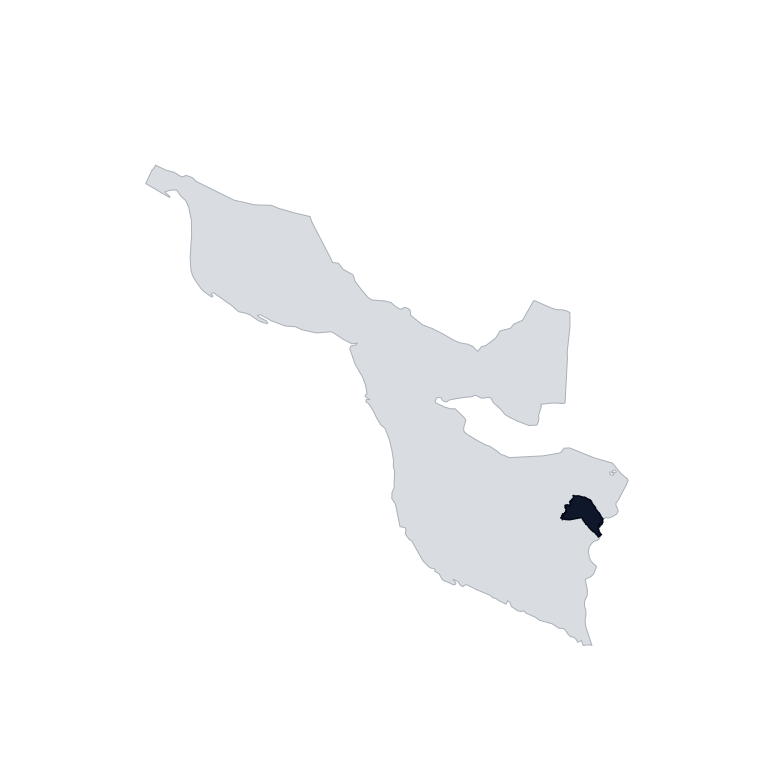 location of Mavago, Niassa, Mozambique, rotated 117°
{"feature_id": "85939544B69199020344442", "entity_name": "Mavago", "entity_type": "district", "adm_level": 2, "iso_a3": "MOZ", "parent_name": "Mozambique", "parent_adm1": "Niassa", "projection": "equal_earth", "projection_center": [36.395, -12.167], "detail": "fine", "context": "in_parent", "style": "filled", "palette": "ink", "viewbox_px": 768, "rotation_deg": 117, "n_neighbors": 0, "source": "geoboundaries", "source_scale": "gbopen_adm2", "svg_char_len": 8854}
<svg xmlns="http://www.w3.org/2000/svg" viewBox="0 0 768 768"><g transform="rotate(117 384 384)"><path d="M268.4,525.9L272.2,522.1L297.6,486.7L299.2,485.3L297.1,479.4L300.4,472.5L300.7,461.8L301.7,460.1L305.6,456.5L310.9,445.5L314.3,436.9L314.6,432.8L309.7,421.1L308.2,414.8L309.6,409.4L310.1,404.3L309.4,402.6L306.4,400.5L305.9,398.2L305.9,395.6L306.5,394.1L310.1,391.7L310.9,390.4L313.8,376.7L312.7,366.4L312.6,354.6L313.3,342.3L312.9,335.4L310.5,327.4L310.2,321.7L311.9,317.7L312.2,315.3L306.4,314.0L303.5,310.7L292.5,305.4L284.1,304.7L277.0,296.7L271.5,295.4L264.4,289.5L242.2,288.5L241.4,287.8L240.4,270.2L239.5,264.3L236.7,258.1L235.9,253.7L236.0,250.8L248.3,244.4L272.3,235.3L277.7,232.3L318.7,214.1L319.9,215.3L324.0,224.5L330.9,235.0L332.6,233.6L342.4,231.9L343.9,230.5L346.9,229.6L350.3,229.0L351.5,229.6L355.2,236.1L356.5,248.3L356.7,256.5L356.3,262.3L353.3,269.1L351.2,277.6L348.1,282.3L348.2,284.5L351.8,289.6L352.5,291.7L352.3,296.1L352.9,297.9L356.0,300.6L358.4,304.8L367.3,317.1L369.6,319.3L371.4,319.8L372.3,322.2L371.8,325.1L370.4,326.7L371.0,329.0L372.7,330.8L376.8,330.4L377.3,329.6L377.0,318.9L375.6,312.6L373.8,309.6L377.3,297.9L379.1,294.7L385.8,293.4L388.9,292.2L390.1,290.8L391.1,287.1L391.9,276.7L392.2,266.9L391.5,261.2L392.5,252.5L393.9,247.1L393.2,246.1L392.7,238.9L375.9,209.8L366.3,196.8L364.7,195.4L359.4,194.3L356.7,189.6L354.4,163.4L350.8,144.5L356.3,132.0L358.1,123.9L359.2,122.7L363.9,122.3L380.5,122.5L384.6,123.3L386.5,122.5L390.8,117.6L394.4,117.7L399.2,120.8L401.8,123.5L402.2,125.8L405.4,127.2L411.4,127.6L415.8,126.4L418.5,123.6L421.4,122.1L424.3,121.9L426.6,122.9L428.1,125.0L431.1,126.4L435.4,127.3L440.1,126.0L445.3,122.4L448.2,118.7L449.8,112.5L450.8,111.6L458.0,111.0L461.9,112.3L466.8,116.1L475.4,109.1L480.8,106.8L485.9,106.8L490.2,105.1L493.5,101.8L497.0,99.7L504.1,97.2L509.0,93.7L522.4,80.2L523.9,84.1L526.5,87.7L523.0,91.6L526.1,94.1L523.8,97.8L523.5,100.4L524.6,103.0L523.0,107.3L521.0,110.5L520.5,113.0L522.2,117.5L521.3,125.3L524.0,138.5L523.1,142.8L523.7,153.1L522.7,156.9L524.4,158.2L525.3,162.3L524.4,169.4L521.5,172.4L521.1,175.4L524.8,175.4L524.8,184.4L524.3,187.1L525.1,190.1L524.1,193.4L525.2,207.8L525.3,218.3L525.5,219.9L528.7,221.7L528.6,224.6L526.5,228.3L526.6,233.9L528.9,229.5L530.3,229.5L531.5,231.2L531.5,237.5L532.1,240.6L531.8,243.4L528.1,248.6L527.8,253.6L526.4,254.3L525.7,255.5L526.7,258.4L526.6,261.0L524.0,268.9L511.3,287.9L511.0,291.1L507.8,297.1L504.3,298.1L502.4,299.7L503.8,305.0L487.0,318.3L485.3,320.1L482.6,325.0L477.1,327.6L471.1,327.9L470.1,328.9L456.5,335.1L453.8,338.0L448.0,340.7L438.9,347.3L431.5,353.6L423.0,363.0L421.9,368.1L417.9,374.7L412.0,382.5L408.4,389.0L408.2,391.9L406.1,392.8L404.3,390.0L403.5,395.3L402.1,395.7L400.5,394.6L393.0,400.2L387.4,406.5L379.5,418.7L368.1,430.5L365.4,430.8L361.8,426.7L359.8,426.4L362.8,430.9L362.7,440.8L361.3,452.4L361.5,454.9L369.1,467.2L372.9,481.5L373.2,488.9L377.1,498.3L378.8,512.5L378.4,525.7L380.3,527.8L381.0,525.9L381.2,517.6L382.3,515.4L383.3,515.7L384.3,520.2L384.6,524.9L383.2,535.2L383.7,539.4L385.6,546.4L383.4,554.5L380.1,576.9L380.9,578.3L382.6,578.8L383.2,576.4L384.2,576.4L384.7,577.8L383.3,586.6L382.0,590.5L377.0,599.9L374.3,603.9L369.9,607.9L359.5,614.1L338.7,623.0L325.5,630.0L315.1,638.3L310.6,643.9L308.8,650.3L305.3,656.9L308.4,662.5L312.4,666.4L314.1,659.9L315.2,659.8L313.6,687.3L299.3,687.8L295.2,686.8L292.8,687.0L292.5,675.5L290.6,666.9L291.3,660.7L291.0,657.4L288.0,655.2L287.1,648.6L288.8,643.5L288.3,601.0L283.0,580.3L275.9,565.4L275.4,558.0L272.2,541.4L268.4,525.9ZM360.0,142.8L361.7,141.6L362.0,139.4L360.8,138.4L359.8,138.6L359.3,142.1L360.0,142.8ZM358.7,138.8L357.3,137.2L356.3,137.6L355.9,139.0L357.0,140.8L358.2,140.8L358.7,138.8Z" fill="#d9dde1" stroke="#a8b0b8" stroke-width="1"/><path d="M422.3,165.4L422.8,165.7L423.0,165.7L423.1,165.2L423.1,164.9L423.2,164.6L423.2,164.1L423.5,163.8L423.3,163.8L423.2,163.6L422.8,163.5L422.7,163.5L422.5,163.4L422.6,163.2L422.8,163.0L422.7,162.9L422.8,162.8L422.7,162.7L422.7,162.4L422.5,161.8L422.5,161.2L421.1,158.0L420.8,157.5L420.6,156.9L413.6,147.8L413.3,147.4L413.5,146.4L414.0,146.1L414.0,145.9L414.1,145.6L414.5,145.2L414.8,145.0L415.0,144.6L415.2,144.3L415.6,143.1L416.0,142.7L416.2,142.0L416.4,141.7L416.5,141.2L417.0,140.7L417.4,140.5L417.4,139.9L417.2,139.6L417.1,139.2L417.2,138.7L417.3,138.5L417.3,138.4L417.6,138.1L417.7,137.8L418.1,137.5L418.1,137.3L418.4,136.9L418.5,136.6L418.6,136.4L419.0,135.8L419.1,135.3L419.1,135.2L419.0,134.8L419.2,134.6L419.3,134.3L419.4,134.1L419.8,133.8L419.8,133.6L419.7,133.3L419.9,133.1L419.9,132.7L420.0,132.6L420.0,132.2L420.1,131.9L420.3,131.7L420.4,131.3L420.4,131.0L420.5,130.7L420.6,130.4L420.5,129.9L420.4,129.6L420.6,129.2L420.5,128.9L420.5,128.7L420.8,128.3L421.3,127.2L421.6,126.7L421.7,125.7L421.9,125.1L422.0,125.1L422.0,124.9L422.1,124.6L422.4,124.4L422.5,124.2L422.7,123.9L422.8,123.9L422.9,123.5L422.2,123.3L421.8,122.8L421.6,122.9L421.4,122.8L421.2,122.8L421.1,122.7L420.6,122.7L420.3,122.5L420.0,122.1L419.7,122.0L419.4,122.0L419.3,122.4L419.2,123.3L419.1,123.6L418.9,124.0L418.6,124.2L418.6,124.3L418.6,124.6L418.5,124.9L418.1,125.2L417.2,125.9L416.8,126.1L416.4,126.9L416.1,127.2L415.3,127.8L415.1,127.9L414.7,128.2L414.2,128.1L414.0,127.9L413.8,127.5L413.3,127.0L413.0,126.9L412.8,127.2L412.5,128.0L412.1,128.3L411.5,129.2L411.4,129.3L411.2,129.2L411.0,128.9L411.0,128.6L411.0,128.2L411.2,127.7L411.3,127.2L411.0,126.5L410.7,126.3L410.2,126.2L409.9,126.3L409.7,126.3L409.4,126.4L408.6,126.3L408.2,126.5L407.8,126.2L407.7,126.2L407.6,126.3L407.3,126.7L407.1,127.1L406.8,127.5L406.0,127.3L405.8,127.6L405.0,127.8L404.9,127.8L404.6,127.8L404.5,128.1L404.9,128.3L404.8,128.6L404.6,128.8L404.4,129.0L404.2,129.3L404.0,129.6L403.9,129.8L403.7,130.0L403.6,130.5L403.4,130.9L403.4,131.0L403.2,130.9L403.0,131.2L403.1,131.6L402.9,131.7L402.7,131.7L402.4,131.8L402.3,132.4L402.2,132.4L401.8,132.8L401.2,133.7L401.2,134.0L400.8,135.1L400.8,135.4L400.7,135.7L400.5,136.3L400.3,136.3L400.3,136.6L400.2,136.9L399.8,137.2L399.8,137.3L399.8,137.9L399.6,138.1L399.3,138.3L399.2,138.7L398.9,138.9L398.8,139.1L398.6,139.4L398.4,139.5L398.2,139.4L397.9,139.7L397.9,140.0L397.7,140.3L397.7,140.6L397.6,140.9L397.3,141.0L397.2,141.3L397.2,141.6L397.0,141.8L396.8,142.5L396.3,143.1L396.2,143.6L396.1,143.9L396.1,144.2L396.0,144.6L395.8,144.7L395.8,144.9L395.7,145.0L395.3,145.0L394.9,145.1L394.7,145.5L394.3,146.2L394.4,146.7L394.1,147.0L393.9,147.0L393.8,147.3L393.7,147.7L393.8,148.3L394.0,148.9L394.1,149.1L393.9,149.3L394.0,149.6L393.8,149.6L393.9,150.0L394.1,150.1L394.0,150.6L394.1,151.1L394.0,151.3L393.9,151.3L393.8,151.5L393.8,152.0L393.8,152.4L393.7,152.5L393.8,152.6L393.8,152.9L393.8,153.2L393.8,153.4L393.8,153.8L393.9,154.0L393.9,154.3L394.1,154.4L394.1,154.5L394.3,154.6L394.4,154.9L394.5,154.8L394.5,155.0L394.6,155.3L394.6,155.5L394.6,155.9L394.8,156.0L394.7,156.2L394.8,156.4L394.7,156.5L394.8,156.9L394.9,157.1L394.8,157.3L395.0,157.9L395.0,158.3L395.2,158.8L395.3,159.1L395.3,159.8L395.3,160.0L395.6,160.4L395.9,160.6L396.0,160.9L396.2,161.2L396.3,161.5L396.4,161.8L396.6,162.0L396.7,162.4L396.9,162.6L397.0,162.8L397.2,163.3L397.2,164.3L397.3,164.5L397.8,164.8L398.2,164.1L398.4,164.0L399.0,163.6L399.7,163.6L400.6,163.8L401.0,164.1L401.4,164.1L401.9,164.3L402.1,164.3L402.2,164.2L402.3,164.3L402.6,164.3L402.7,164.2L402.8,164.3L402.9,164.1L403.0,164.1L403.5,164.3L403.7,164.5L403.9,164.4L403.9,164.5L404.2,164.7L404.2,164.9L404.4,164.9L404.7,165.0L404.8,164.8L405.1,164.6L405.1,164.4L405.2,164.1L405.3,164.1L405.7,164.0L405.7,163.9L405.6,163.7L406.2,163.4L406.5,163.5L406.6,163.3L406.9,163.4L407.0,163.2L407.3,163.1L407.6,163.3L407.9,163.2L408.1,163.3L408.0,163.5L408.0,163.9L408.1,164.0L408.2,164.4L408.4,164.6L408.3,164.8L408.2,165.2L408.3,165.3L408.3,165.5L408.3,165.4L408.3,165.6L408.6,165.9L408.6,166.1L409.0,166.2L409.4,166.4L409.5,166.4L409.4,166.6L409.4,166.9L409.4,167.1L409.5,167.1L409.6,166.9L409.9,166.9L410.0,166.7L410.1,166.4L410.3,166.5L410.6,166.5L410.6,166.9L411.0,166.4L411.1,166.5L411.4,166.7L411.5,166.6L411.8,166.6L411.8,166.4L411.8,166.2L412.1,166.2L412.1,165.8L412.2,165.7L412.3,165.5L412.5,165.3L412.7,165.0L412.9,164.8L413.0,164.6L413.3,164.7L413.7,164.4L413.8,164.5L414.0,164.6L414.6,164.4L414.6,164.1L414.9,164.1L415.0,164.1L415.2,163.7L415.3,163.6L415.4,163.8L415.4,164.0L415.8,164.1L416.2,164.1L416.1,164.3L416.5,164.4L416.6,164.6L416.9,164.5L417.1,164.5L417.2,164.3L417.4,164.6L417.6,164.7L418.2,164.7L418.2,164.9L418.2,165.0L418.5,165.1L418.5,165.3L418.4,165.4L418.7,165.9L418.9,165.8L418.8,165.6L418.8,165.4L419.1,165.2L419.3,165.0L419.3,164.7L419.7,164.7L419.6,165.0L419.7,165.3L419.6,165.5L419.8,165.6L420.0,165.5L420.1,165.2L420.4,165.7L420.5,165.8L420.6,165.7L420.7,165.1L420.8,165.0L421.0,165.3L421.1,165.6L421.4,165.6L421.5,165.5L421.7,165.4L422.1,165.0L422.3,165.1L422.3,165.4Z" fill="#0f172a" stroke="#020617" stroke-width="1.5"/></g></svg>